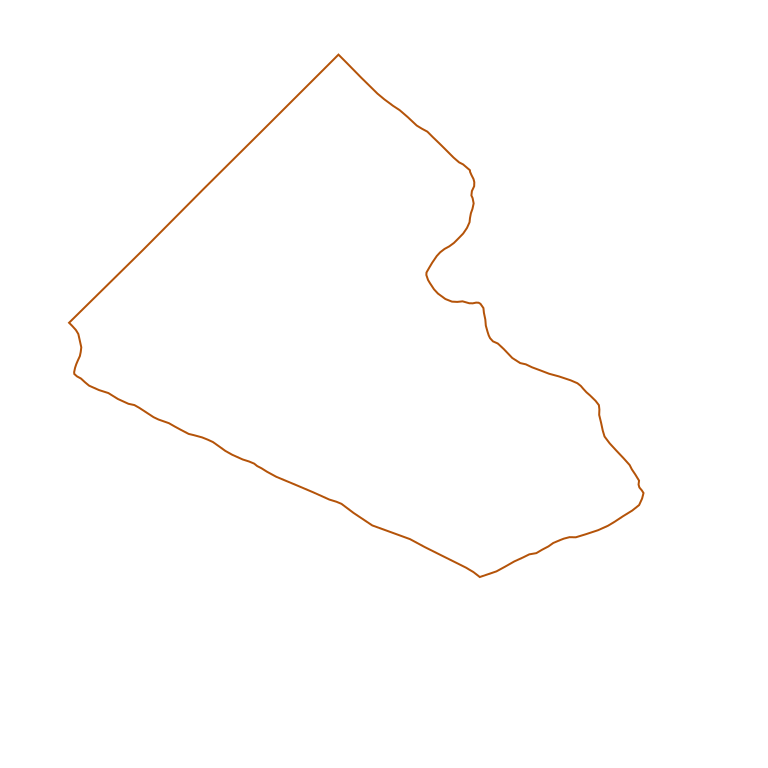 the district of Woleu, Wouleu-Ntem, Gabon, rotated 45°
{"feature_id": "22940354B4497534497521", "entity_name": "Woleu", "entity_type": "district", "adm_level": 2, "iso_a3": "GAB", "parent_name": "Gabon", "parent_adm1": "Wouleu-Ntem", "projection": "orthographic", "projection_center": [11.911, 1.389], "detail": "fine", "context": "isolated", "style": "outline", "palette": "amber", "viewbox_px": 768, "rotation_deg": 45, "n_neighbors": 0, "source": "geoboundaries", "source_scale": "gbopen_adm2", "svg_char_len": 2409}
<svg xmlns="http://www.w3.org/2000/svg" viewBox="0 0 768 768"><g transform="rotate(45 384 384)"><path d="M118.9,183.3L118.9,201.0L118.8,289.7L118.5,374.1L118.8,460.2L118.0,563.4L122.3,563.4L128.0,563.7L132.5,564.8L137.1,567.7L144.0,572.1L146.9,575.8L149.2,579.3L150.9,583.9L152.4,587.6L154.1,591.0L156.5,594.7L157.9,595.9L161.5,595.7L165.9,594.4L171.3,594.2L176.7,593.7L186.8,589.8L195.5,585.3L206.3,582.8L217.3,578.7L222.4,575.4L227.8,573.9L237.8,571.8L244.5,570.4L249.6,568.6L254.6,566.2L259.6,563.8L266.2,562.0L272.6,560.1L281.2,557.4L285.6,554.7L293.1,550.4L298.7,548.0L304.1,546.0L311.1,544.8L319.1,543.5L326.6,541.4L337.4,537.3L343.4,534.2L348.5,532.1L352.3,531.7L357.0,530.2L363.2,528.8L373.4,525.8L394.8,517.0L410.4,510.7L427.0,504.4L433.6,500.9L438.7,498.8L453.6,496.7L475.7,492.3L494.5,483.5L512.1,475.3L528.1,470.5L546.1,464.5L560.4,459.7L572.1,455.8L575.4,455.0L580.0,453.8L586.9,452.9L588.2,452.8L596.0,437.0L598.8,427.5L601.6,417.3L604.9,408.5L607.2,401.7L611.3,395.9L613.0,389.3L615.1,382.6L616.1,376.7L619.0,369.6L620.5,366.2L623.5,361.1L628.0,356.8L632.9,347.6L638.7,336.1L642.6,325.9L644.4,318.7L646.5,308.5L649.0,298.0L650.0,289.2L647.5,282.5L644.6,277.6L641.5,276.9L637.8,276.6L635.1,275.1L632.7,272.0L625.7,270.3L619.6,269.1L615.0,267.6L606.0,267.1L595.1,266.8L585.6,266.4L577.1,265.2L571.7,262.3L564.9,257.9L558.0,253.7L554.3,249.7L550.9,247.0L545.5,246.3L537.5,246.4L533.0,246.7L528.3,246.5L524.6,246.2L520.2,246.7L513.4,249.4L507.8,252.2L502.4,254.9L493.5,260.0L485.2,263.7L476.9,267.5L470.4,269.8L465.5,272.9L456.3,274.9L443.9,274.6L435.8,274.9L430.9,276.8L426.6,276.6L423.7,275.6L420.0,273.7L414.7,270.7L410.1,266.8L404.3,263.0L400.6,260.0L395.5,259.1L393.5,259.6L391.6,261.3L389.7,264.2L387.2,266.6L381.1,270.0L377.8,274.1L373.8,277.7L367.3,280.5L358.3,281.9L352.5,281.7L345.2,280.2L341.6,279.3L336.9,277.0L335.2,275.1L333.8,270.0L332.3,264.1L330.8,256.1L330.6,251.1L331.3,245.7L332.8,240.6L333.7,234.8L333.7,228.5L333.6,221.6L332.3,214.9L330.1,209.1L327.5,205.9L324.7,201.8L322.7,197.6L319.7,192.9L315.2,189.9L312.5,188.9L309.7,185.4L309.0,183.4L307.9,180.4L305.1,177.4L302.4,175.8L298.1,174.4L294.8,173.1L293.6,172.1L284.6,172.8L280.3,174.2L273.0,174.7L268.3,174.7L255.9,174.7L244.0,174.9L236.2,174.9L230.2,176.7L224.4,178.1L212.0,178.5L201.4,179.3L193.7,180.9L182.8,182.5L174.1,183.3L151.2,183.5L130.5,183.3L118.9,183.3Z" fill="none" stroke="#b45309" stroke-width="2"/></g></svg>